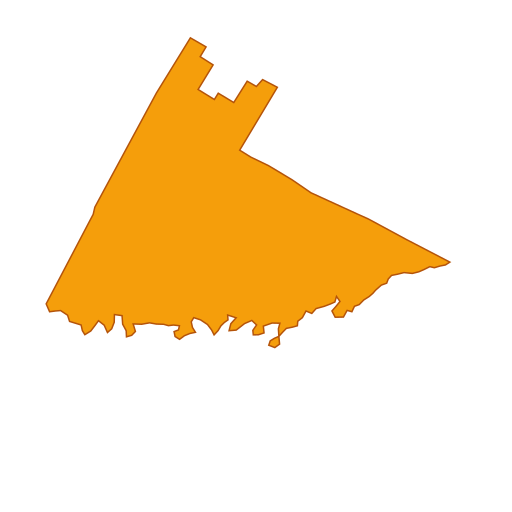 Nova Prata, Rio Grande do Sul, Brazil (orthographic projection), rotated 121°
{"feature_id": "56859067B11495971220999", "entity_name": "Nova Prata", "entity_type": "district", "adm_level": 2, "iso_a3": "BRA", "parent_name": "Brazil", "parent_adm1": "Rio Grande do Sul", "projection": "orthographic", "projection_center": [-51.583, -28.732], "detail": "fine", "context": "isolated", "style": "filled", "palette": "amber", "viewbox_px": 512, "rotation_deg": 121, "n_neighbors": 0, "source": "geoboundaries", "source_scale": "gbopen_adm2", "svg_char_len": 1836}
<svg xmlns="http://www.w3.org/2000/svg" viewBox="0 0 512 512"><g transform="rotate(121 256 256)"><path d="M267.7,156.6L263.3,149.6L255.7,149.9L254.4,145.1L248.4,145.7L244.5,142.5L238.2,141.0L232.4,138.1L227.8,136.6L223.7,135.9L216.4,133.6L212.0,130.0L207.6,130.8L202.8,129.8L198.8,125.4L194.0,120.6L190.4,113.0L185.7,108.3L181.2,105.1L175.6,101.5L174.2,97.1L169.8,93.1L166.1,89.0L161.4,86.7L164.4,135.4L166.4,178.8L167.9,191.5L173.5,241.4L172.1,264.4L172.1,291.7L173.9,311.3L173.7,324.5L100.4,324.6L101.4,341.2L110.5,343.0L110.7,353.6L135.9,354.1L135.9,372.2L143.3,372.3L143.1,391.4L114.3,391.2L113.9,406.5L102.5,406.5L102.8,424.6L167.5,425.3L297.1,419.3L304.2,417.0L310.0,416.7L346.1,414.6L405.1,411.2L410.1,404.2L406.5,399.7L403.4,395.4L403.8,387.0L408.1,382.1L405.2,370.4L409.4,366.4L411.6,362.2L405.4,359.0L398.3,358.2L392.6,357.7L393.5,350.5L398.1,343.9L392.7,342.2L385.8,343.4L379.1,347.2L376.1,340.1L383.1,335.2L386.9,328.8L392.0,325.4L388.0,321.7L382.8,320.5L377.5,326.3L373.4,318.9L368.1,312.8L365.7,306.5L362.1,300.0L360.8,295.2L357.7,291.2L355.2,285.7L359.3,284.4L363.0,287.3L366.7,283.9L366.8,278.6L361.2,276.3L356.5,272.8L352.6,268.6L350.0,273.6L345.8,277.6L340.9,277.6L339.3,270.7L339.7,262.3L342.3,255.9L345.2,251.3L339.6,250.1L333.9,250.1L329.3,248.9L325.2,247.1L321.2,249.9L319.2,241.2L327.0,242.7L333.9,240.6L329.7,234.8L319.8,231.0L313.4,226.4L314.8,220.0L321.4,220.4L325.0,217.7L322.3,213.4L317.8,209.5L312.3,213.6L305.2,207.7L301.3,200.9L306.9,199.3L313.1,195.0L307.5,193.9L302.4,192.7L298.2,188.1L294.5,184.6L290.4,186.6L285.0,184.5L277.4,184.8L276.5,178.6L270.1,177.4L264.0,171.6L258.8,167.5L254.8,164.7L249.2,166.2L251.7,160.6L258.6,161.6L264.0,162.6L267.7,156.6ZM313.1,195.0L317.0,197.8L321.4,200.1L325.9,199.1L324.8,192.7L319.4,190.4L313.1,195.0Z" fill="#f59e0b" stroke="#b45309" stroke-width="1.5"/></g></svg>